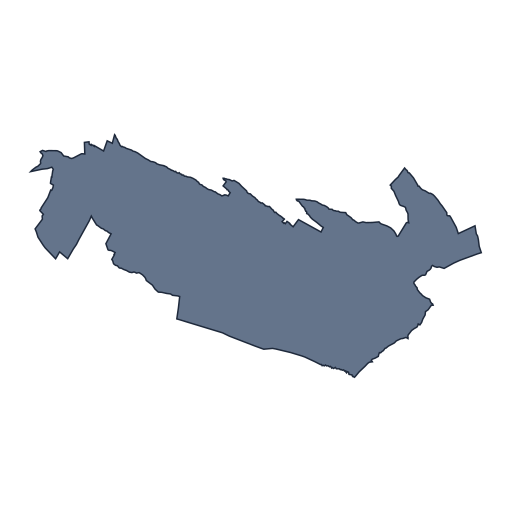 outline of Chiautempan, Tlaxcala, Mexico
{"feature_id": "50627088B45531222113542", "entity_name": "Chiautempan", "entity_type": "district", "adm_level": 2, "iso_a3": "MEX", "parent_name": "Mexico", "parent_adm1": "Tlaxcala", "projection": "natural_earth1", "projection_center": [-98.139, 19.289], "detail": "fine", "context": "isolated", "style": "filled", "palette": "slate", "viewbox_px": 512, "rotation_deg": 0, "n_neighbors": 0, "source": "geoboundaries", "source_scale": "gbopen_adm2", "svg_char_len": 6046}
<svg xmlns="http://www.w3.org/2000/svg" viewBox="0 0 512 512"><path d="M94.3,145.6L94.3,146.3L91.3,144.4L91.1,145.3L89.2,144.1L89.0,141.8L84.4,142.4L84.8,154.0L81.9,153.7L81.2,153.9L73.5,157.9L71.7,158.5L69.4,157.9L68.2,156.8L63.7,156.0L61.1,152.6L57.6,150.9L56.3,150.7L48.7,150.6L46.6,151.0L46.0,151.5L42.5,150.4L40.1,151.7L40.8,152.8L42.3,154.0L42.9,155.6L42.4,157.1L40.9,159.5L40.4,161.3L40.7,163.1L40.5,163.7L37.8,166.3L35.9,167.2L32.1,170.1L30.7,171.6L42.0,169.2L47.5,168.6L51.8,167.2L53.3,169.3L52.7,170.9L51.8,177.2L51.4,177.1L50.5,182.6L50.5,183.4L53.4,185.1L53.0,187.4L51.8,190.2L51.4,190.5L50.7,190.1L47.8,197.7L41.1,208.0L41.1,208.7L39.8,210.2L40.0,210.8L43.4,214.3L42.1,216.0L42.4,219.2L35.1,228.9L36.4,232.0L38.0,237.2L43.2,245.2L45.2,247.9L55.6,258.8L59.6,251.9L67.7,258.7L73.3,249.0L76.4,244.5L79.0,239.3L89.2,220.9L91.3,216.1L92.2,217.9L96.6,225.0L97.5,225.4L101.4,228.3L103.3,228.9L105.3,230.6L107.0,231.1L108.5,232.5L111.1,233.8L105.9,243.7L108.0,249.8L109.0,250.3L110.8,250.4L112.3,251.0L115.1,252.5L114.0,254.6L114.4,254.8L111.8,259.4L112.8,261.0L113.4,263.3L113.9,264.1L115.5,265.3L117.5,265.8L119.0,267.7L119.9,268.1L121.4,268.2L123.5,269.4L126.5,270.5L129.3,272.1L131.9,272.6L133.8,272.0L134.8,272.2L136.4,273.1L139.1,272.6L142.5,274.8L144.8,277.2L145.6,278.5L146.3,280.5L152.4,285.1L155.1,289.2L158.3,292.1L161.7,292.3L166.9,293.5L170.5,293.9L172.5,295.3L177.7,295.9L179.7,296.5L178.4,308.0L176.8,318.9L222.5,332.8L229.3,336.1L254.9,346.0L263.7,349.2L272.5,348.4L275.9,349.0L290.5,352.5L301.7,355.9L304.8,357.0L314.7,361.6L320.6,364.6L321.5,364.5L322.1,365.7L323.4,365.3L324.2,365.9L325.5,365.0L326.5,365.9L328.0,365.7L329.5,366.8L330.6,366.4L331.7,368.1L332.3,367.6L333.6,368.5L335.3,367.4L336.4,368.8L339.4,368.8L340.3,369.7L341.1,369.5L342.3,370.2L343.7,369.9L344.5,371.1L345.7,370.9L345.9,372.1L346.6,372.9L347.3,371.7L348.5,372.2L349.0,374.4L352.0,374.9L352.2,375.8L352.9,376.6L353.3,376.4L354.3,377.3L355.0,376.8L359.1,371.9L365.0,366.3L367.7,363.4L369.4,362.2L372.4,361.8L372.2,361.4L371.3,361.0L371.3,360.3L372.2,359.2L375.0,358.2L378.3,356.4L378.7,354.6L379.4,352.6L380.6,352.8L382.1,351.4L383.4,350.6L385.0,348.3L386.0,348.1L388.4,346.1L394.4,342.9L396.3,340.9L400.9,338.7L402.8,338.5L405.7,337.5L406.2,337.5L408.0,338.6L408.1,337.7L407.8,336.9L408.1,335.0L411.6,330.5L414.2,328.6L416.9,327.1L417.9,325.4L418.1,324.0L418.5,324.0L419.9,324.9L421.6,322.5L422.8,319.1L425.1,315.0L425.5,311.6L428.1,309.8L431.3,305.3L433.1,305.2L432.6,303.9L431.8,303.5L430.6,302.1L429.6,299.2L425.9,297.8L422.4,295.5L421.5,294.3L419.8,292.8L417.3,289.5L417.1,287.8L415.5,286.0L414.9,284.7L413.9,283.5L413.9,282.1L416.6,279.3L419.0,277.3L422.1,275.3L424.8,275.2L425.6,274.7L427.0,271.4L429.0,270.3L430.2,269.3L431.0,268.2L431.6,266.2L432.6,265.4L434.3,266.5L437.0,267.3L439.3,266.9L444.1,268.4L453.7,263.1L459.9,260.3L477.4,253.9L481.3,252.7L479.2,246.3L478.4,239.8L477.9,237.3L477.5,235.8L476.3,233.9L475.0,225.8L458.3,233.6L456.2,227.3L450.8,217.4L449.7,215.8L448.0,215.8L447.2,215.5L446.8,214.7L446.8,212.7L442.1,205.9L440.3,203.8L437.9,200.1L434.5,196.1L432.8,194.5L430.6,193.3L429.1,193.3L425.1,190.8L422.4,189.8L420.9,188.5L419.0,186.1L418.2,186.2L417.7,185.9L417.7,185.1L413.5,177.9L409.3,172.9L408.3,172.8L407.8,172.3L407.5,171.3L406.9,170.3L406.2,169.9L404.6,168.0L399.0,175.6L398.3,176.9L395.3,179.6L390.2,185.1L391.4,186.2L391.3,188.3L394.0,191.4L395.6,195.5L398.4,201.3L399.2,203.9L400.0,205.0L400.9,205.5L403.6,206.4L405.2,207.2L405.6,207.8L406.1,210.1L407.5,212.6L408.0,213.9L408.1,219.7L408.7,222.8L407.3,222.4L406.3,222.9L398.2,236.1L397.1,236.4L396.7,236.1L395.8,234.0L393.9,230.9L390.7,227.9L386.9,225.9L381.2,223.9L380.2,223.2L379.0,221.9L372.1,222.5L366.0,222.6L362.9,221.9L359.0,223.0L357.9,223.0L355.7,221.7L353.7,220.0L352.8,219.8L351.0,217.6L346.8,214.7L345.7,212.6L340.7,212.3L339.7,212.1L338.4,211.2L336.5,211.2L335.1,210.7L333.8,210.6L332.6,209.9L332.1,209.3L329.0,209.2L328.4,208.1L326.7,206.7L324.2,205.4L322.4,205.1L320.9,204.1L318.5,202.9L317.1,201.8L314.8,201.0L311.6,200.8L309.9,200.2L306.9,200.2L304.9,199.5L303.5,199.3L296.3,199.2L296.4,199.8L297.4,201.0L298.3,201.0L299.0,201.5L302.6,206.4L303.4,206.7L304.3,208.1L304.8,208.4L305.0,209.7L305.5,210.5L305.7,211.2L306.3,211.4L306.8,212.2L306.6,213.2L306.9,213.7L308.0,214.1L309.5,215.7L310.5,217.3L312.3,219.1L316.9,222.5L321.3,226.2L323.3,227.4L321.0,232.0L298.5,219.6L293.1,226.8L290.1,224.2L289.9,223.9L290.0,223.7L289.7,223.3L287.0,221.4L285.3,223.7L284.2,222.8L283.8,223.3L282.1,221.7L284.4,219.1L283.9,218.6L283.0,218.3L282.8,217.8L280.2,215.8L279.7,215.7L276.9,213.5L275.8,212.2L274.7,212.5L273.7,211.3L273.4,210.3L272.0,209.3L269.6,206.6L269.2,206.4L267.9,206.6L266.9,206.1L265.2,205.8L264.9,205.0L262.3,202.9L260.8,203.0L260.4,202.5L258.4,201.5L257.1,199.8L256.1,199.1L254.9,197.6L252.4,196.0L250.4,193.9L248.8,193.6L247.7,193.0L247.0,192.1L246.6,190.9L241.6,186.3L239.0,183.4L234.0,180.4L232.5,180.9L231.8,180.8L229.5,179.6L227.2,179.3L226.3,178.9L225.6,178.9L224.0,178.2L223.1,178.3L223.6,179.6L226.0,181.1L226.1,181.9L223.1,185.9L226.7,189.0L227.0,189.7L227.6,189.7L228.5,190.6L228.6,191.2L230.2,192.7L228.2,195.9L226.3,195.1L225.2,194.9L224.2,194.9L223.9,195.3L221.8,195.9L219.9,194.6L217.9,193.9L215.2,191.8L214.4,191.8L211.4,190.1L208.5,189.5L206.9,188.6L205.6,187.5L203.3,186.4L201.9,184.9L200.1,184.4L199.4,183.9L198.5,182.2L197.4,181.6L196.0,180.1L193.1,178.4L190.6,177.3L187.3,176.9L186.0,176.2L184.4,176.2L183.6,175.1L182.0,175.1L181.7,174.3L180.2,173.9L179.2,172.7L178.6,173.1L177.8,173.1L176.4,172.5L175.7,171.4L174.3,171.6L173.5,170.9L172.1,170.3L171.3,170.3L170.9,169.7L168.0,168.3L166.7,167.0L165.3,166.3L164.3,166.1L164.1,165.7L159.5,164.8L156.6,163.7L155.9,162.9L154.9,162.4L152.7,161.7L150.8,161.5L148.3,159.9L145.4,158.5L137.7,153.0L134.9,151.6L132.9,151.1L131.6,150.1L126.1,148.3L124.8,147.4L123.2,147.0L122.2,146.4L121.5,146.7L120.0,145.2L119.2,143.3L118.1,141.6L117.3,139.4L116.0,137.7L115.2,135.4L114.6,134.7L112.3,143.3L107.2,140.8L103.6,151.0L94.3,145.6Z" fill="#64748b" stroke="#1e293b" stroke-width="1.5"/></svg>